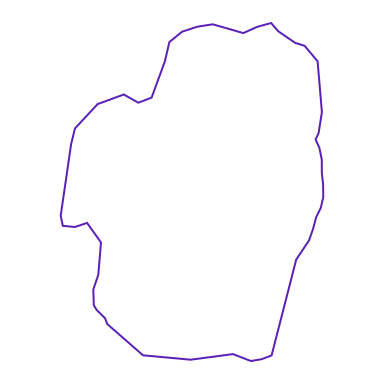 Imo, Equal Earth projection
{"feature_id": "NGA-2843", "entity_name": "Imo", "entity_type": "State", "adm_level": 1, "iso_a3": "NGA", "parent_name": "Nigeria", "parent_adm1": "", "projection": "equal_earth", "projection_center": [7.056, 5.554], "detail": "fine", "context": "isolated", "style": "outline", "palette": "violet", "viewbox_px": 384, "rotation_deg": 0, "n_neighbors": 0, "source": "natural_earth", "source_scale": "10m", "svg_char_len": 689}
<svg xmlns="http://www.w3.org/2000/svg" viewBox="0 0 384 384"><path d="M74.9,227.0L62.8,225.8L60.7,215.7L71.1,144.2L75.0,128.4L97.6,104.1L123.8,94.5L138.3,102.7L151.6,97.6L164.9,61.3L169.4,42.0L182.1,31.7L197.3,26.7L212.8,24.3L243.3,33.1L257.1,26.9L271.1,23.0L278.3,31.3L295.2,42.9L304.6,45.8L317.6,61.3L321.9,112.2L318.6,133.0L315.6,139.4L319.4,148.0L321.8,159.7L321.8,172.2L323.1,184.6L323.3,197.1L320.8,207.8L316.2,217.1L313.0,229.1L309.0,240.4L296.2,259.6L271.6,355.4L261.6,359.2L250.8,361.0L233.0,354.1L190.5,359.7L143.0,355.3L107.4,324.2L105.0,318.2L96.9,310.2L93.8,305.3L93.3,289.5L98.3,274.8L101.0,242.5L87.1,222.9L74.9,227.0Z" fill="none" stroke="#5b21b6" stroke-width="2"/></svg>